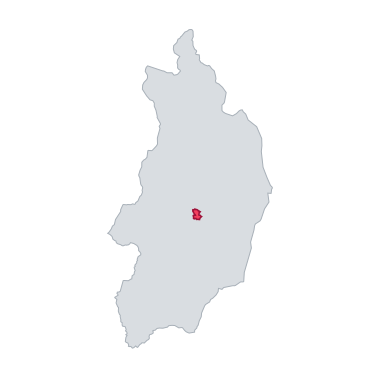 Uyanga, Övörhangay, Mongolia shown in context, rotated 276°
{"feature_id": "93677404B10592046266618", "entity_name": "Uyanga", "entity_type": "district", "adm_level": 2, "iso_a3": "MNG", "parent_name": "Mongolia", "parent_adm1": "Övörhangay", "projection": "orthographic", "projection_center": [102.144, 46.409], "detail": "fine", "context": "in_parent", "style": "filled", "palette": "rose", "viewbox_px": 384, "rotation_deg": 276, "n_neighbors": 0, "source": "geoboundaries", "source_scale": "gbopen_adm2", "svg_char_len": 4912}
<svg xmlns="http://www.w3.org/2000/svg" viewBox="0 0 384 384"><g transform="rotate(276 192 192)"><path d="M31.9,144.9L33.1,145.1L35.1,144.0L35.6,142.2L36.4,141.3L40.7,141.5L42.5,142.4L43.0,141.3L43.4,141.1L44.2,142.3L45.3,142.0L46.0,141.7L46.9,140.4L48.3,140.9L51.0,139.7L51.4,136.9L52.5,136.4L54.8,136.2L55.3,135.0L55.8,134.7L57.5,134.6L60.5,133.6L61.8,133.6L63.0,132.5L65.7,131.2L69.5,131.0L70.0,130.2L73.7,128.1L77.4,128.5L78.7,126.4L79.2,126.2L81.5,129.2L82.6,128.9L83.1,128.0L84.6,128.2L85.0,130.1L85.8,131.0L96.6,132.8L96.9,133.6L97.1,138.0L98.9,140.2L99.3,141.2L102.4,141.2L104.0,143.0L106.6,143.1L107.9,143.7L110.6,142.4L111.2,142.4L112.0,143.3L113.3,142.8L115.6,144.4L117.4,144.3L118.3,145.0L119.4,144.5L122.1,145.2L124.1,147.6L125.6,147.5L127.4,146.1L128.0,145.1L130.6,144.7L132.1,143.8L133.1,142.8L134.7,139.5L135.2,136.1L133.9,135.5L132.8,134.3L132.3,132.4L132.3,131.1L131.2,129.0L131.4,128.0L132.2,126.4L132.7,123.6L133.6,122.1L135.4,121.4L135.6,120.3L136.8,118.3L139.5,117.1L141.2,114.8L142.1,112.5L143.4,113.7L146.8,115.6L149.7,116.4L151.5,118.2L156.6,118.8L165.1,123.1L166.9,122.9L172.0,124.6L172.4,125.2L172.4,128.3L172.8,129.2L173.0,132.5L174.0,134.2L173.7,136.2L174.2,136.8L175.4,137.1L177.5,139.2L182.1,140.6L183.5,141.9L186.7,142.8L188.4,142.2L191.1,142.5L192.0,142.2L193.7,140.6L194.7,140.1L200.8,138.6L202.4,137.5L203.5,137.2L208.3,138.1L211.7,139.4L216.4,139.0L218.7,140.6L219.8,142.2L221.8,143.6L228.4,143.8L228.8,144.1L228.9,147.6L229.3,148.2L233.9,151.7L236.0,152.7L242.1,151.9L251.8,153.5L253.9,152.5L256.0,153.6L256.8,153.4L262.5,149.5L263.5,149.6L269.6,147.6L273.4,145.5L276.5,145.2L278.7,143.5L279.3,140.6L282.8,136.9L289.0,131.9L293.3,131.8L296.0,132.8L299.1,135.2L300.7,135.8L303.5,135.5L307.0,132.9L309.2,133.0L311.2,133.5L312.8,134.7L309.3,150.5L309.4,151.3L308.0,154.7L308.5,159.7L306.3,161.9L307.1,164.6L307.8,165.6L311.1,167.9L312.0,167.3L312.6,166.0L313.9,164.7L316.8,164.5L319.1,163.6L322.3,164.0L325.5,165.7L328.6,159.9L332.2,158.5L335.7,158.5L339.0,161.3L342.5,162.1L343.7,163.9L345.1,164.4L345.7,165.2L350.3,168.2L351.6,170.6L353.1,172.1L353.5,173.9L353.5,174.9L352.1,176.2L346.6,177.0L343.0,175.9L342.0,177.1L337.8,177.7L335.6,178.9L334.1,179.9L333.4,181.3L332.8,181.8L332.0,181.9L330.6,181.1L329.5,181.4L329.2,181.7L329.1,184.9L325.5,185.6L324.2,185.4L321.5,187.5L321.3,188.8L320.0,190.7L319.0,194.1L319.6,195.4L319.3,196.4L316.9,198.5L314.7,201.5L309.5,203.4L307.0,204.0L305.0,203.7L303.3,204.4L302.2,207.5L299.2,211.5L294.5,215.6L284.9,214.9L283.7,214.5L281.5,212.7L276.1,213.3L274.7,214.9L273.6,217.2L272.0,224.4L274.6,228.0L277.5,230.3L278.7,232.0L278.9,233.5L277.2,234.5L275.1,237.3L269.5,240.3L263.7,249.5L252.5,255.7L245.3,256.7L239.5,256.7L224.0,260.1L214.2,265.1L206.8,269.3L205.2,271.2L204.4,271.5L203.0,270.9L198.9,270.8L198.8,267.5L190.0,269.6L182.8,265.9L172.4,263.6L170.4,262.7L166.9,258.4L165.1,257.8L160.6,257.6L148.3,255.5L142.5,256.9L117.5,252.4L108.4,252.8L108.0,252.4L107.6,249.6L103.7,245.1L103.2,244.0L103.1,242.4L100.3,233.5L98.3,232.0L98.9,228.4L95.6,228.4L92.1,226.7L88.6,223.8L87.0,221.7L84.5,221.0L81.6,217.3L80.2,216.5L72.7,214.2L68.8,214.2L64.7,212.7L60.1,212.0L58.7,211.1L57.3,211.0L54.8,209.1L52.9,209.2L51.4,203.9L52.3,200.9L53.5,199.2L56.0,196.8L56.1,195.7L55.5,193.1L57.4,188.9L57.3,186.1L56.6,182.8L55.1,181.8L53.5,177.3L53.3,173.9L52.7,171.5L50.7,169.8L50.2,167.7L49.6,167.5L49.0,168.0L47.6,168.1L46.4,166.7L45.9,165.1L45.2,164.6L43.7,164.4L42.2,164.9L40.8,164.3L39.8,162.8L36.8,160.3L36.9,158.8L36.6,157.7L35.7,157.2L34.8,156.0L31.8,154.2L31.9,153.5L33.0,152.1L31.1,150.4L30.5,149.0L32.0,147.4L31.7,146.1L31.9,144.9Z" fill="#d9dde1" stroke="#a8b0b8" stroke-width="1"/><path d="M166.1,196.2L165.7,196.5L165.5,197.2L165.7,197.5L165.8,198.0L166.2,198.6L165.9,198.9L165.6,199.1L165.6,199.3L165.5,199.5L165.4,199.5L165.2,199.6L165.3,200.0L165.5,200.6L165.3,201.1L165.6,201.5L165.5,201.9L165.4,202.4L166.3,202.5L167.1,202.9L167.2,203.0L168.1,203.7L168.6,204.1L168.7,203.8L168.8,203.5L169.0,203.2L169.6,202.8L169.6,202.7L169.7,202.4L169.7,202.2L169.6,201.7L169.7,201.3L170.3,201.1L170.9,201.3L171.1,201.3L171.4,201.3L171.9,201.2L172.0,201.5L172.5,201.9L172.8,201.8L172.9,201.7L173.3,202.1L173.7,200.8L174.0,200.7L173.9,200.2L174.5,199.8L174.9,199.0L174.9,198.8L175.1,198.5L175.0,198.0L174.9,197.7L174.9,197.3L175.0,197.1L175.4,196.8L175.4,196.7L175.2,196.6L175.1,196.4L174.9,196.3L174.9,196.2L174.7,196.1L174.6,195.9L174.5,195.7L174.4,195.7L174.5,195.7L174.4,195.6L174.4,195.4L174.5,195.2L174.5,194.9L174.5,194.7L174.2,194.6L173.9,194.7L173.2,194.9L172.9,194.9L172.8,195.3L172.5,195.4L172.0,195.6L171.7,195.6L171.5,195.9L171.2,196.1L170.9,196.3L170.2,196.9L169.9,197.5L169.7,197.5L169.4,197.5L169.4,197.4L169.3,197.5L169.3,197.4L169.2,197.4L169.2,197.2L169.1,196.9L169.0,196.7L169.0,196.4L168.8,196.0L168.7,195.7L168.3,195.7L168.0,196.0L167.2,196.1L166.6,196.5L166.1,196.2Z" fill="#f43f5e" stroke="#9f1239" stroke-width="1.5"/></g></svg>